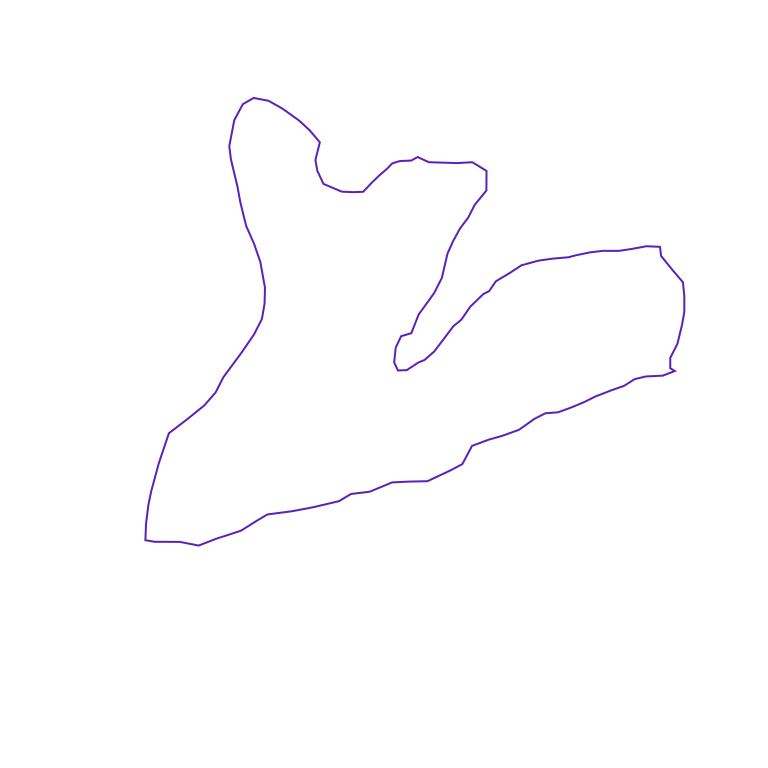 Zangilan District, Zəngilan, Azerbaijan (Robinson projection), rotated 27°
{"feature_id": "54616110B64107713492867", "entity_name": "Zangilan District", "entity_type": "district", "adm_level": 2, "iso_a3": "AZE", "parent_name": "Azerbaijan", "parent_adm1": "Zəngilan", "projection": "robinson", "projection_center": [46.661, 39.06], "detail": "fine", "context": "isolated", "style": "outline", "palette": "violet", "viewbox_px": 768, "rotation_deg": 27, "n_neighbors": 0, "source": "geoboundaries", "source_scale": "gbopen_adm2", "svg_char_len": 1701}
<svg xmlns="http://www.w3.org/2000/svg" viewBox="0 0 768 768"><g transform="rotate(27 384 384)"><path d="M567.6,136.5L555.3,142.1L542.9,151.6L532.6,158.9L518.7,165.9L507.8,173.2L496.3,182.4L491.0,187.2L477.1,195.9L465.6,204.0L452.6,215.8L446.4,226.7L437.0,241.8L435.5,253.6L431.7,258.7L425.8,275.8L423.7,291.5L419.6,301.0L416.6,317.8L414.0,332.2L409.2,344.2L404.8,349.3L398.0,361.3L390.3,365.6L383.3,360.2L377.9,346.2L377.6,333.6L385.3,326.3L383.3,306.3L385.6,292.0L387.4,280.0L387.4,263.2L381.4,239.1L380.7,225.8L381.1,211.1L383.5,197.3L383.5,183.2L387.4,165.1L378.6,147.6L362.0,146.3L348.6,154.1L323.3,166.0L310.9,166.5L306.8,172.6L297.1,178.0L291.2,183.6L289.1,190.6L285.0,200.6L281.7,210.2L278.2,222.2L269.0,227.3L259.0,231.8L239.2,233.2L227.7,224.2L221.2,215.5L217.1,197.8L202.6,191.7L188.7,187.8L168.1,184.7L152.4,184.1L138.0,188.3L131.2,198.7L130.8,216.9L138.2,242.4L145.6,253.3L163.6,274.4L173.9,287.8L189.5,305.8L204.6,318.1L218.5,331.5L234.2,352.2L241.1,366.6L245.7,381.5L245.7,398.6L242.9,420.2L237.8,450.9L237.8,468.0L233.6,484.7L224.4,505.3L214.7,525.5L219.3,556.7L225.3,585.3L228.9,598.5L235.4,616.5L242.3,631.5L251.1,628.8L273.7,617.4L292.2,612.1L304.7,598.1L323.2,579.6L332.9,563.3L339.3,553.2L359.7,539.2L376.3,526.4L397.1,508.8L404.5,497.0L420.2,486.4L435.9,468.0L449.7,460.1L466.8,450.9L482.5,430.7L490.2,419.7L490.5,399.2L502.3,386.3L512.9,376.5L525.0,363.6L533.9,346.7L541.0,336.9L551.9,330.2L561.6,319.8L570.8,308.9L577.9,299.3L589.7,286.1L598.8,276.6L605.0,266.0L613.9,258.4L628.6,250.0L637.2,240.4L631.9,240.0L627.2,230.8L627.2,215.0L622.6,195.7L618.9,183.5L611.5,169.0L604.1,157.6L589.4,151.5L572.8,144.1L567.6,136.5Z" fill="none" stroke="#5b21b6" stroke-width="2"/></g></svg>